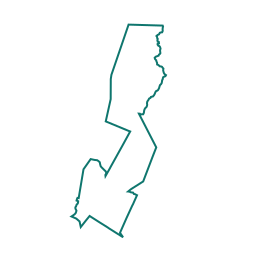 the district of Brasileira, Piauí, Brazil, rotated 285°
{"feature_id": "56859067B5638694885795", "entity_name": "Brasileira", "entity_type": "district", "adm_level": 2, "iso_a3": "BRA", "parent_name": "Brazil", "parent_adm1": "Piauí", "projection": "albers", "projection_center": [-41.604, -4.127], "detail": "fine", "context": "isolated", "style": "outline", "palette": "teal", "viewbox_px": 256, "rotation_deg": 285, "n_neighbors": 0, "source": "geoboundaries", "source_scale": "gbopen_adm2", "svg_char_len": 2093}
<svg xmlns="http://www.w3.org/2000/svg" viewBox="0 0 256 256"><g transform="rotate(285 128 128)"><path d="M24.7,147.4L40.8,149.9L54.2,152.2L55.8,152.6L57.3,152.8L65.4,154.1L65.6,153.1L65.9,151.9L65.8,150.8L66.9,149.6L66.6,147.4L66.9,145.8L66.7,144.6L69.5,146.6L70.4,147.4L71.3,148.2L80.3,156.5L99.8,158.5L105.7,159.1L116.6,160.3L144.7,134.8L144.9,135.8L144.3,136.7L144.8,137.8L145.2,139.1L146.8,139.4L148.1,139.2L149.4,139.1L150.5,139.2L151.6,139.5L153.0,140.4L154.4,140.6L155.5,140.5L156.9,139.9L158.6,139.8L160.2,140.4L161.9,140.8L162.9,141.9L163.9,142.1L164.5,143.1L165.0,144.0L166.6,144.7L168.0,145.0L169.0,145.1L170.2,145.3L171.2,145.8L171.7,146.7L172.5,147.2L173.7,147.5L174.7,147.7L176.1,147.7L177.7,147.8L178.8,148.5L180.1,148.9L181.6,148.8L183.0,148.6L183.9,148.9L184.9,148.8L186.1,148.8L187.1,149.8L187.7,150.7L188.9,151.0L189.4,149.6L190.3,148.5L191.4,147.8L192.9,147.0L194.6,146.8L195.1,145.9L195.9,145.0L196.0,144.0L195.8,142.7L196.7,141.1L196.9,139.7L198.5,139.2L199.6,138.3L200.7,137.7L201.6,136.3L202.7,135.6L204.0,136.3L205.0,137.7L205.8,138.8L206.9,138.9L207.7,139.6L208.7,139.9L210.1,139.3L211.6,138.8L213.0,138.9L214.4,138.1L215.2,137.2L215.3,136.1L216.2,135.0L217.3,134.8L217.8,136.0L219.1,135.5L219.5,134.1L220.5,133.6L221.7,133.7L222.4,132.9L223.6,132.5L224.2,131.7L225.5,132.5L226.5,133.7L228.2,134.1L228.9,135.2L229.3,136.2L230.8,136.4L232.2,135.9L233.8,135.6L235.0,135.6L235.9,135.0L228.8,105.1L228.0,101.8L176.3,98.3L175.2,98.2L170.8,98.7L151.4,103.8L128.6,104.8L125.4,129.1L125.2,131.0L110.0,127.3L85.6,121.2L84.6,121.0L75.8,118.7L76.8,118.3L78.3,118.7L79.5,118.4L80.4,117.6L81.2,116.1L82.3,114.2L83.2,112.6L84.0,111.5L85.9,110.4L87.6,109.6L88.4,108.0L88.9,106.6L88.5,103.9L88.3,100.0L76.6,95.7L47.5,98.5L47.4,97.3L46.1,97.1L44.6,97.1L44.4,98.8L43.4,99.0L42.0,99.0L40.7,98.2L38.9,98.1L37.8,97.7L36.5,98.1L35.6,98.9L34.8,99.6L33.7,99.6L32.4,99.5L30.9,98.8L29.5,97.7L28.8,97.1L27.9,96.3L27.1,101.5L25.2,105.4L20.1,108.0L28.0,111.4L33.1,113.7L32.5,115.5L29.4,125.3L26.7,134.1L26.2,135.4L21.2,151.5L24.7,147.4Z" fill="none" stroke="#0f766e" stroke-width="2"/></g></svg>